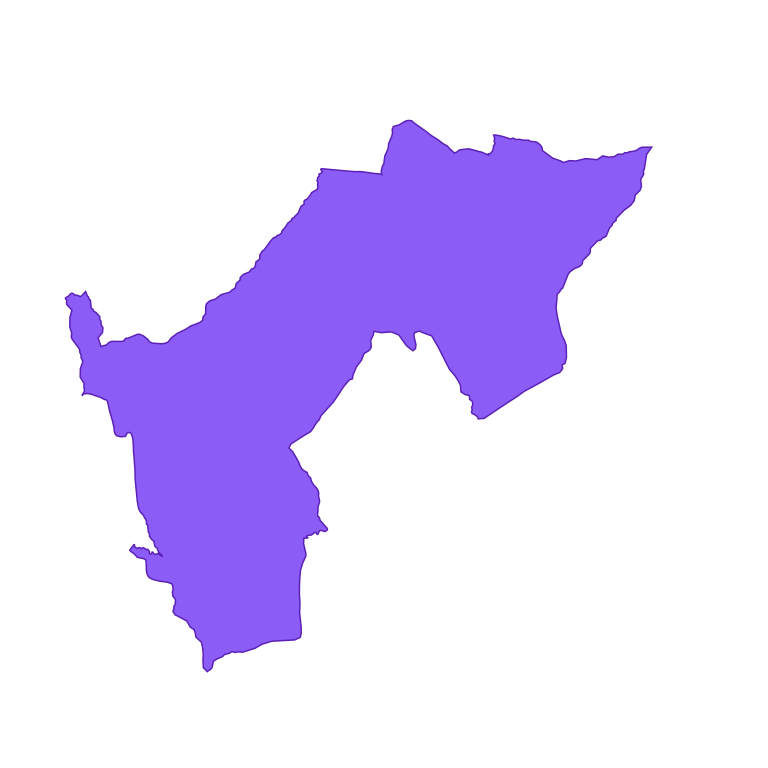 the district of Dimbelenge, Kasaï-Occidental, Democratic Republic of the Congo, rotated 81°
{"feature_id": "63176286B75664078742838", "entity_name": "Dimbelenge", "entity_type": "district", "adm_level": 2, "iso_a3": "COD", "parent_name": "Democratic Republic of the Congo", "parent_adm1": "Kasaï-Occidental", "projection": "orthographic", "projection_center": [22.979, -5.024], "detail": "fine", "context": "isolated", "style": "filled", "palette": "violet", "viewbox_px": 768, "rotation_deg": 81, "n_neighbors": 0, "source": "geoboundaries", "source_scale": "gbopen_adm2", "svg_char_len": 6160}
<svg xmlns="http://www.w3.org/2000/svg" viewBox="0 0 768 768"><g transform="rotate(81 384 384)"><path d="M246.0,664.2L249.6,668.9L250.1,670.4L248.6,672.6L248.0,675.0L246.0,677.0L245.5,678.2L246.0,679.7L248.0,682.1L249.0,685.0L250.0,685.3L251.5,684.2L254.0,684.9L256.1,684.8L262.2,680.7L268.8,683.7L278.5,685.4L284.8,684.5L288.5,685.5L291.0,685.0L301.7,679.4L305.6,679.4L307.8,678.6L310.5,679.1L313.1,678.2L315.2,678.2L321.3,681.5L329.7,683.0L336.5,680.2L340.4,680.9L343.8,680.8L348.4,684.3L346.8,682.2L347.0,678.5L347.6,676.6L348.6,674.0L350.0,671.7L352.7,666.4L355.7,662.3L356.3,660.6L357.8,659.8L367.4,659.3L377.5,658.0L385.3,657.5L388.5,657.8L391.4,657.3L393.2,656.3L394.9,652.6L395.3,647.7L393.9,646.4L392.1,645.4L392.0,643.5L392.6,642.0L393.4,641.5L396.0,640.9L399.1,640.7L401.8,640.8L411.8,642.0L414.8,642.1L425.8,643.1L428.4,643.2L439.4,644.7L461.0,646.0L467.3,645.9L470.5,645.4L473.0,644.3L476.2,642.0L478.3,641.6L481.4,640.1L485.4,640.5L486.3,639.5L493.2,639.9L495.3,639.1L497.8,639.5L501.1,637.8L503.5,635.8L508.2,635.8L511.1,633.6L514.7,633.0L518.2,630.2L518.9,630.1L519.8,629.5L518.3,631.8L516.4,633.1L516.0,634.3L516.8,636.5L515.4,638.0L514.0,638.6L513.7,639.2L514.8,639.8L515.5,641.2L515.0,642.2L512.9,641.8L510.4,643.1L510.6,643.9L507.9,647.6L508.9,649.4L507.4,650.6L507.3,651.7L508.0,652.8L506.0,655.7L503.7,655.6L503.5,656.1L508.2,661.1L509.5,660.6L512.7,657.2L516.4,654.9L517.2,653.3L519.2,648.0L520.9,646.8L524.6,647.0L531.1,647.9L534.1,647.8L536.5,647.3L538.7,646.0L540.7,643.2L543.6,636.6L546.0,628.7L548.2,624.8L550.3,624.3L553.7,624.4L556.6,625.6L560.7,625.7L563.8,623.8L565.5,623.9L569.1,624.7L570.8,626.5L572.6,626.4L574.5,627.7L576.0,627.9L579.3,626.4L587.2,615.9L594.0,613.3L596.8,610.1L600.2,609.4L604.7,609.3L610.5,604.7L616.3,604.4L622.6,604.8L628.4,606.0L635.9,606.8L640.5,603.5L639.7,602.2L638.7,599.8L636.8,598.0L631.1,595.8L629.3,591.5L628.0,586.2L626.2,583.8L625.8,578.7L624.5,576.2L625.9,573.0L625.7,570.1L626.8,565.7L624.8,552.6L621.9,545.1L620.5,535.1L622.8,512.2L621.1,506.3L617.4,504.8L610.8,503.8L596.5,503.1L587.5,501.3L579.0,500.5L572.0,499.4L563.6,497.8L554.6,495.5L548.1,492.3L541.8,488.1L538.5,487.7L529.1,488.4L523.4,487.2L524.2,485.0L523.9,483.3L522.3,484.3L521.4,482.6L521.9,480.1L521.2,478.0L519.9,476.0L520.1,474.3L522.1,473.6L521.9,472.8L519.0,470.6L518.6,469.2L520.4,465.8L520.3,464.5L519.1,462.7L517.8,462.6L508.7,468.4L505.7,468.8L504.0,470.0L502.4,470.1L499.1,469.0L495.6,468.6L489.9,465.9L484.0,466.2L481.6,465.5L479.2,465.7L476.1,466.9L472.8,469.3L468.6,470.9L465.4,471.2L462.4,473.3L459.4,473.7L456.8,477.0L454.7,478.5L452.2,479.6L447.7,480.5L436.5,484.8L432.2,488.0L428.5,485.0L422.4,471.1L419.6,464.0L416.5,460.8L413.5,458.4L411.2,456.1L409.0,453.4L405.5,451.3L393.7,436.6L380.2,424.2L374.5,417.6L374.0,414.4L370.5,413.3L363.0,408.7L356.9,402.5L352.0,399.7L350.5,398.3L349.0,394.3L347.1,391.7L345.1,390.7L338.8,390.3L333.5,386.7L330.4,385.9L332.9,378.4L333.7,368.6L337.9,361.7L349.5,355.9L353.2,352.7L355.7,350.1L354.0,347.4L350.2,346.3L340.7,347.0L337.9,345.6L337.3,340.8L339.9,336.7L343.9,329.4L355.7,324.8L379.5,317.1L387.5,312.3L392.8,310.1L397.3,308.7L403.8,309.2L407.1,305.6L408.5,302.1L409.5,301.6L412.7,301.9L414.3,299.8L416.8,299.4L418.8,299.8L420.9,301.1L423.4,300.9L424.2,301.5L425.1,302.0L426.9,301.6L428.7,299.0L430.7,297.0L433.2,296.4L433.6,290.4L425.6,273.3L416.9,253.9L413.2,246.7L407.1,229.5L401.6,215.0L400.2,208.8L397.1,205.4L396.0,205.0L393.0,205.2L392.0,202.0L386.3,199.6L374.6,198.0L368.9,199.0L364.4,200.5L361.4,201.1L343.7,202.3L335.5,202.1L326.6,199.8L322.7,199.1L320.4,196.1L318.3,194.4L317.3,192.6L304.2,184.8L302.2,182.6L299.7,177.7L298.8,173.2L297.7,171.0L296.1,169.3L293.1,168.3L287.6,160.7L286.1,159.7L282.2,158.9L275.9,150.6L275.7,147.3L274.1,145.4L273.2,142.2L272.5,141.3L265.1,136.8L263.1,134.0L261.1,133.1L258.6,129.1L256.8,128.9L249.7,119.3L246.1,112.4L242.1,108.2L236.6,106.2L232.8,100.8L229.1,98.8L222.2,98.5L217.5,94.7L214.4,94.6L212.8,93.4L198.3,88.7L191.9,82.5L190.5,92.3L191.3,95.4L192.4,97.2L193.1,100.6L193.1,105.9L193.8,107.9L193.1,109.8L194.4,112.3L193.6,116.7L195.5,121.3L195.0,127.0L192.9,132.2L195.8,138.5L192.9,149.6L193.7,159.7L192.4,165.9L193.3,171.9L191.4,174.6L187.1,182.3L178.3,190.9L174.8,191.0L171.9,192.5L168.8,195.5L167.1,201.8L165.8,202.9L164.9,208.6L163.5,211.8L163.2,215.5L161.3,218.0L161.8,220.6L157.6,229.1L155.4,235.2L155.3,236.8L159.0,236.2L161.1,237.3L164.0,236.7L165.9,238.6L167.7,239.0L170.5,240.1L173.1,243.0L173.0,244.9L174.2,245.1L170.5,250.9L165.0,263.3L164.7,268.0L164.6,272.9L166.2,275.7L166.8,278.4L161.8,282.3L158.7,284.4L155.9,288.0L151.2,292.4L146.2,298.2L139.9,304.2L131.2,313.1L128.4,315.4L127.5,318.5L127.5,320.7L128.2,323.1L130.5,328.7L131.1,334.4L134.0,336.1L137.4,336.3L140.9,337.8L147.1,341.7L152.3,343.2L158.9,347.5L166.3,349.7L168.9,351.7L173.9,353.6L176.9,353.4L175.5,356.2L174.9,359.3L170.7,373.3L169.5,380.5L167.4,389.0L161.5,412.2L162.2,412.9L164.7,411.9L165.7,412.7L166.7,415.5L168.2,415.4L170.0,417.4L171.7,417.6L172.6,418.4L174.9,417.7L176.3,418.4L180.1,418.7L181.4,419.8L183.6,425.5L185.9,427.2L189.5,431.4L190.1,433.6L191.0,434.4L193.8,434.7L195.7,438.3L201.3,441.7L203.0,443.6L204.8,446.4L205.8,446.8L205.9,448.4L206.7,449.5L207.9,449.7L209.9,453.6L214.2,457.5L216.8,460.8L218.8,461.6L220.3,463.9L220.6,466.4L221.8,467.4L222.3,470.3L225.3,474.0L232.6,481.2L233.8,483.6L237.3,486.5L241.0,487.2L242.6,489.8L243.3,491.3L247.2,492.7L249.1,494.0L249.8,497.0L252.2,499.4L253.8,505.8L256.2,509.2L257.2,509.7L258.6,509.6L261.4,514.0L266.2,516.2L267.2,519.1L269.2,522.0L270.3,531.0L273.7,537.1L274.6,542.9L276.6,546.4L278.7,547.7L286.9,549.3L289.2,552.1L292.7,553.2L294.4,556.1L296.5,565.8L299.0,571.5L301.6,580.2L305.1,586.9L308.5,590.3L309.1,591.8L309.6,594.1L309.4,597.8L307.4,606.4L305.7,608.9L302.9,610.4L298.9,614.0L296.6,617.7L296.4,620.0L298.3,627.9L298.7,630.4L298.4,631.8L300.8,634.5L300.9,636.9L299.3,646.0L299.8,648.9L302.0,652.1L302.6,657.7L293.6,659.1L289.3,654.1L284.6,652.8L281.0,654.1L277.8,653.7L275.8,654.6L272.9,654.2L268.2,657.3L266.9,659.2L265.3,659.5L263.1,661.3L255.3,660.9L253.7,662.2L251.9,662.2L250.6,663.2L246.0,664.2Z" fill="#8b5cf6" stroke="#5b21b6" stroke-width="1.5"/></g></svg>